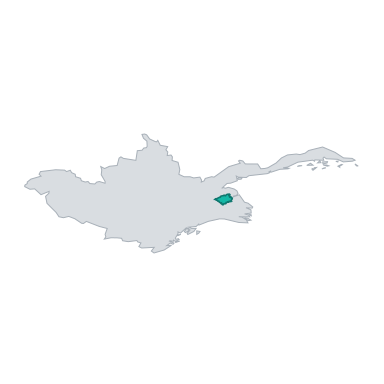 Yangon (North), Yangon, Myanmar shown in context, rotated 268°
{"feature_id": "60261553B66884558345744", "entity_name": "Yangon (North)", "entity_type": "district", "adm_level": 2, "iso_a3": "MMR", "parent_name": "Myanmar", "parent_adm1": "Yangon", "projection": "equal_earth", "projection_center": [96.121, 17.31], "detail": "fine", "context": "in_parent", "style": "filled", "palette": "teal", "viewbox_px": 384, "rotation_deg": 268, "n_neighbors": 0, "source": "geoboundaries", "source_scale": "gbopen_adm2", "svg_char_len": 6860}
<svg xmlns="http://www.w3.org/2000/svg" viewBox="0 0 384 384"><g transform="rotate(268 192 192)"><path d="M238.2,169.3L235.1,167.4L232.8,169.2L229.3,168.5L229.7,172.3L227.8,173.6L224.2,173.2L222.2,179.1L214.9,180.6L210.1,179.5L207.5,184.7L207.3,190.6L206.0,194.2L206.6,200.4L203.5,202.0L201.6,201.6L202.7,204.5L205.1,205.7L206.6,212.1L206.1,214.6L216.0,229.5L219.1,241.2L221.4,239.6L222.1,240.8L221.2,243.9L218.2,246.2L217.7,258.6L212.8,261.6L213.0,265.7L213.6,268.7L218.0,277.0L222.9,282.6L225.7,288.7L226.3,297.5L225.6,301.2L226.9,306.5L229.4,310.0L232.4,324.1L226.6,336.4L220.8,344.6L220.0,353.2L218.1,356.1L217.2,353.4L216.8,344.3L219.6,338.6L220.5,327.5L222.3,325.2L221.3,324.1L219.1,324.8L219.8,315.9L218.5,315.6L219.6,313.7L218.1,298.8L213.6,288.4L213.0,283.9L212.3,289.9L211.8,288.8L211.6,280.6L209.0,271.6L209.3,270.8L210.5,271.6L209.4,269.6L208.5,270.1L207.7,267.9L206.3,249.4L204.6,246.8L205.2,238.8L206.4,236.8L201.7,237.7L199.5,231.0L199.3,227.3L194.6,221.8L195.4,223.5L194.6,225.4L195.4,228.5L193.5,234.3L191.6,236.9L189.0,238.0L187.0,236.3L186.5,233.3L185.7,233.2L187.6,239.1L180.0,244.1L178.9,247.6L174.9,252.2L173.8,251.6L174.4,245.4L172.1,250.3L168.9,250.4L168.3,243.8L167.0,247.7L165.1,248.9L165.7,237.9L165.2,241.0L162.2,245.4L159.2,246.8L159.9,237.8L163.9,223.4L164.2,218.7L162.1,207.3L158.7,197.8L159.7,197.6L157.4,194.9L157.0,187.8L155.6,190.3L155.5,194.8L152.5,192.5L149.7,186.3L150.8,185.7L154.1,188.7L155.9,187.0L156.4,185.0L151.3,179.0L152.6,176.6L150.9,176.6L146.5,173.7L145.3,174.3L145.8,176.8L144.9,177.5L143.2,173.7L144.5,171.8L143.4,171.7L144.1,168.2L143.7,167.7L141.6,172.3L140.4,171.2L141.7,168.9L141.2,167.6L139.3,164.9L139.5,169.7L135.0,162.2L132.4,151.9L134.4,149.3L138.0,152.3L137.8,139.7L139.3,137.0L142.9,139.2L144.0,136.0L145.4,135.2L144.6,126.5L145.7,121.0L148.2,120.0L148.8,115.5L149.1,109.4L148.0,102.7L150.2,104.3L152.7,103.7L158.5,106.0L160.8,98.2L166.3,85.4L164.3,82.4L164.6,80.6L169.4,73.9L171.9,68.0L170.8,62.6L171.9,58.2L176.3,55.5L185.7,46.7L192.8,45.5L195.7,48.9L197.6,49.2L194.6,41.0L200.6,34.9L200.4,30.1L203.2,25.0L204.7,25.2L206.2,27.7L207.7,27.7L210.5,31.4L213.1,41.7L215.1,39.8L217.7,41.3L219.0,56.5L218.3,65.4L216.8,67.4L218.0,71.1L215.5,72.4L213.8,75.9L211.3,76.2L209.6,81.1L207.1,81.8L205.7,85.6L206.1,88.5L204.0,90.2L203.4,95.2L205.2,97.1L205.7,99.8L203.8,105.4L205.4,105.6L212.4,101.9L217.3,102.6L220.6,101.7L218.5,105.5L220.6,110.5L221.1,118.1L228.4,120.3L229.6,122.2L228.0,124.6L225.6,137.0L235.2,138.8L235.5,143.6L237.6,145.3L237.9,148.0L239.2,148.8L244.4,148.7L247.4,145.4L251.3,144.0L251.6,146.7L250.7,148.7L246.5,151.5L243.6,157.2L243.4,158.5L244.8,159.6L239.8,161.9L238.2,169.3ZM152.7,182.9L155.7,185.3L155.1,187.0L153.2,187.1L151.7,184.1L152.7,182.9ZM214.6,307.6L216.6,311.4L214.6,313.9L214.6,307.6ZM152.3,198.6L150.6,197.3L149.5,195.3L153.0,195.4L152.3,198.6ZM217.5,323.6L217.6,328.5L216.3,328.0L215.5,323.9L217.5,323.6ZM163.8,246.8L161.8,249.9L161.4,247.3L164.3,243.4L163.8,246.8ZM204.4,242.6L203.1,241.6L203.0,238.8L204.0,238.0L204.7,239.4L204.4,242.6ZM213.4,329.6L213.1,328.0L214.5,324.0L214.3,327.5L213.4,329.6ZM212.7,338.7L214.4,342.4L214.1,343.2L212.5,340.3L211.5,340.5L212.7,338.7ZM218.7,320.8L216.8,321.9L216.7,318.5L218.7,320.8ZM214.4,355.8L212.1,359.0L212.4,357.2L214.4,355.8ZM142.6,174.2L143.4,178.1L142.0,173.5L142.6,174.2ZM214.6,300.0L214.5,303.0L213.9,298.1L214.6,300.0ZM149.7,176.9L150.0,179.4L148.7,175.9L149.7,176.9ZM212.2,317.3L210.9,315.8L211.3,314.7L212.0,315.0L212.2,317.3ZM211.3,312.9L210.4,314.9L209.5,313.7L210.2,312.8L211.3,312.9ZM211.5,324.9L211.5,326.7L210.5,322.6L211.5,324.9ZM167.1,250.4L166.1,250.4L167.4,248.4L167.5,249.1L167.1,250.4ZM217.8,339.1L216.9,338.8L217.6,336.8L217.8,339.1Z" fill="#d9dde1" stroke="#a8b0b8" stroke-width="1"/><path d="M178.1,222.7L178.3,222.8L178.5,222.7L178.8,222.6L179.0,222.8L179.0,223.0L179.2,223.4L179.3,223.6L179.3,223.9L179.2,224.0L179.2,224.4L179.2,224.5L179.1,224.8L179.0,224.7L179.0,224.8L179.1,225.0L179.3,225.2L179.3,225.3L179.5,225.3L179.8,225.4L179.8,225.5L180.0,225.6L180.0,225.8L180.3,225.9L180.2,226.1L180.3,226.2L180.3,226.3L180.2,226.3L180.3,226.4L180.4,226.5L180.5,226.6L180.5,226.8L180.6,227.0L180.5,227.3L180.5,227.5L180.8,227.3L180.8,227.1L181.0,227.2L181.0,227.3L180.9,227.3L180.9,227.7L181.0,227.9L180.9,227.9L180.9,228.0L180.8,228.3L180.8,228.6L181.0,228.7L181.2,228.9L181.3,228.9L181.4,229.0L181.4,229.3L181.3,229.6L181.4,229.9L181.5,229.8L181.6,230.0L181.4,230.0L181.3,229.8L181.2,229.9L181.2,230.0L181.0,230.3L181.0,230.5L181.1,230.8L181.2,231.0L181.2,230.9L181.3,231.0L181.4,230.9L181.5,230.9L181.7,230.7L181.6,230.8L181.6,230.6L181.8,230.5L182.1,230.7L182.1,230.8L182.2,231.0L182.3,231.0L182.5,231.0L182.8,231.2L182.9,231.4L183.1,231.4L183.3,231.5L183.4,231.8L183.5,231.8L183.6,231.6L183.8,231.6L184.1,232.0L184.4,232.1L184.5,232.1L184.6,231.8L184.5,231.5L184.6,231.4L184.8,231.3L184.9,231.2L185.0,231.2L184.9,230.9L185.1,230.8L185.2,230.7L185.2,230.4L185.3,230.4L185.5,230.3L185.5,230.2L185.4,230.1L185.5,229.9L185.5,229.7L185.7,229.8L185.8,229.8L186.0,229.9L186.1,230.1L186.2,229.9L186.3,229.8L186.5,229.6L186.7,229.4L186.5,229.2L186.8,228.9L187.0,228.8L187.1,228.7L187.3,228.7L187.5,228.6L187.6,229.0L187.8,229.1L187.9,229.4L187.8,229.5L187.7,229.7L187.7,229.8L187.8,229.9L188.0,229.9L188.1,229.7L188.3,229.5L188.5,229.5L188.6,229.4L188.6,229.2L188.3,229.1L188.2,228.9L188.3,228.7L188.6,228.2L188.5,227.9L188.6,227.7L188.6,227.8L188.6,227.7L188.5,227.4L188.5,227.2L188.4,226.9L188.1,226.2L187.9,226.1L187.7,226.0L187.4,225.5L187.4,225.4L187.3,225.2L187.2,225.2L187.3,225.0L187.3,224.9L187.4,224.7L187.5,224.5L187.4,224.5L187.3,224.4L187.4,224.1L187.3,223.9L187.3,223.5L187.4,223.4L187.2,223.2L187.3,223.0L187.3,222.9L187.2,222.8L187.2,222.5L187.1,222.2L187.1,221.9L187.0,221.6L187.0,221.3L187.0,221.2L186.9,220.9L186.7,220.5L186.4,220.5L186.3,220.3L186.2,220.4L185.9,220.2L186.0,220.0L185.9,219.9L186.0,219.8L185.9,219.6L185.7,219.4L185.6,219.0L185.6,218.9L185.5,218.7L185.4,218.6L185.4,218.4L185.2,218.2L185.2,217.9L185.0,217.6L184.9,217.4L184.8,217.2L184.6,217.0L184.6,216.8L184.5,216.7L184.5,216.8L184.3,216.3L184.4,216.2L184.5,216.0L184.5,215.9L184.5,215.6L184.4,215.1L184.3,214.9L184.3,214.7L184.3,214.8L184.2,214.9L183.9,214.6L183.9,214.8L183.7,214.9L183.6,215.0L183.4,215.3L183.4,215.5L183.3,215.8L183.1,216.0L182.9,216.1L182.9,216.5L182.7,216.7L182.7,216.8L182.7,217.0L182.4,217.2L182.4,217.3L182.4,217.5L182.1,217.6L181.9,217.6L181.9,217.8L181.8,218.1L181.8,218.3L181.8,218.5L181.7,218.7L181.4,218.6L181.2,218.7L181.1,218.8L180.9,218.9L180.9,219.0L180.7,219.2L180.7,219.3L180.6,219.5L180.5,219.8L180.4,219.8L180.2,220.0L180.3,220.2L180.3,220.3L180.3,220.5L180.2,220.4L180.1,220.6L179.9,220.5L179.7,220.4L179.5,220.7L179.2,220.9L179.0,221.0L179.0,221.6L179.0,221.8L178.8,221.9L178.2,222.0L178.1,222.3L178.1,222.5L178.1,222.7Z" fill="#14b8a6" stroke="#0f766e" stroke-width="1.5"/></g></svg>